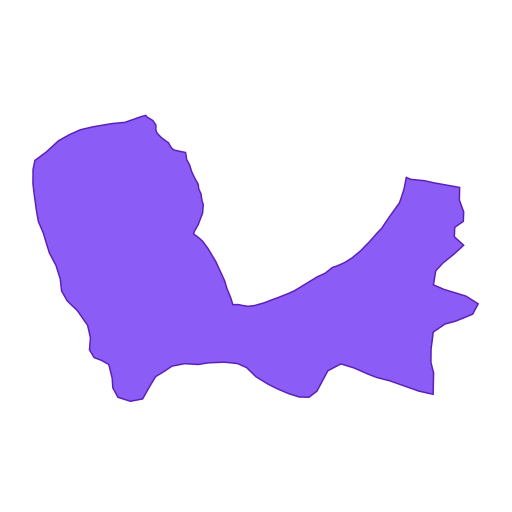 the district of Ndokwa West, Delta, Nigeria, rotated 88°
{"feature_id": "59680162B28606864431003", "entity_name": "Ndokwa West", "entity_type": "district", "adm_level": 2, "iso_a3": "NGA", "parent_name": "Nigeria", "parent_adm1": "Delta", "projection": "natural_earth1", "projection_center": [6.332, 5.825], "detail": "fine", "context": "isolated", "style": "filled", "palette": "violet", "viewbox_px": 512, "rotation_deg": 88, "n_neighbors": 0, "source": "geoboundaries", "source_scale": "gbopen_adm2", "svg_char_len": 2074}
<svg xmlns="http://www.w3.org/2000/svg" viewBox="0 0 512 512"><g transform="rotate(88 256 256)"><path d="M152.8,473.6L161.7,475.8L176.1,476.4L186.8,475.5L202.5,473.9L213.9,472.3L225.8,467.7L237.7,464.6L245.9,462.3L258.5,456.2L272.3,452.4L284.2,451.5L294.3,446.2L304.3,436.5L310.9,432.2L319.4,426.7L331.9,424.3L343.9,425.7L351.8,421.4L354.9,414.1L355.9,412.5L359.3,406.9L373.1,404.0L382.8,403.7L392.4,398.9L396.8,386.6L394.9,374.3L383.1,367.1L373.1,360.6L370.1,355.3L368.1,351.8L363.1,343.7L361.1,331.1L362.4,317.7L361.1,307.3L361.0,291.7L361.9,284.7L362.8,278.3L367.2,269.3L376.6,260.3L384.1,249.1L389.1,240.1L394.7,228.2L398.4,217.7L399.0,208.0L393.3,199.9L384.8,194.9L384.5,194.8L373.2,188.2L366.8,174.9L371.2,162.2L378.0,148.0L379.9,143.6L381.8,139.0L385.5,126.4L391.7,110.7L396.7,98.0L400.4,83.8L379.1,82.6L368.4,84.9L355.2,84.3L338.2,81.5L330.6,69.6L328.0,58.5L321.7,41.5L316.0,38.2L311.6,35.6L303.4,47.6L296.0,69.2L291.0,79.7L284.1,78.3L277.1,76.9L269.6,69.5L260.7,57.7L252.5,48.1L243.7,57.1L234.3,56.4L228.6,47.6L219.2,46.9L207.2,50.8L194.6,50.1L189.1,75.5L186.6,85.2L184.8,98.6L182.7,103.0L187.3,104.1L194.4,105.8L201.5,108.3L207.9,110.8L222.0,121.7L232.8,129.5L237.3,134.2L245.5,141.9L254.4,151.2L261.4,160.3L265.8,167.9L268.8,175.5L270.1,180.0L275.7,187.6L276.9,190.5L278.8,195.2L292.0,218.7L295.1,226.3L297.5,233.1L298.4,235.6L300.0,240.6L303.1,249.6L305.5,259.4L306.0,266.1L304.6,272.7L303.9,275.7L303.8,280.9L303.5,280.9L296.6,282.8L287.5,286.2L279.7,288.2L260.1,296.4L246.4,304.0L239.9,308.5L239.2,309.0L234.5,314.0L231.9,317.6L229.3,316.8L222.9,312.8L211.3,307.9L203.0,306.9L199.1,308.0L192.0,308.8L187.3,310.8L182.1,311.3L176.3,314.4L169.3,317.4L162.6,319.2L157.5,321.8L150.1,322.8L147.3,334.2L146.0,335.6L145.6,336.2L142.7,338.1L140.6,339.1L139.9,339.4L136.7,343.6L134.2,346.6L130.1,350.3L128.2,351.2L125.5,351.8L124.0,351.5L121.5,351.5L116.9,354.5L113.3,360.1L111.6,361.3L112.8,366.2L117.9,382.5L118.6,395.1L121.2,414.4L123.7,427.1L128.2,438.2L133.9,449.3L144.6,461.8L147.1,465.4L152.8,473.6Z" fill="#8b5cf6" stroke="#5b21b6" stroke-width="1.5"/></g></svg>